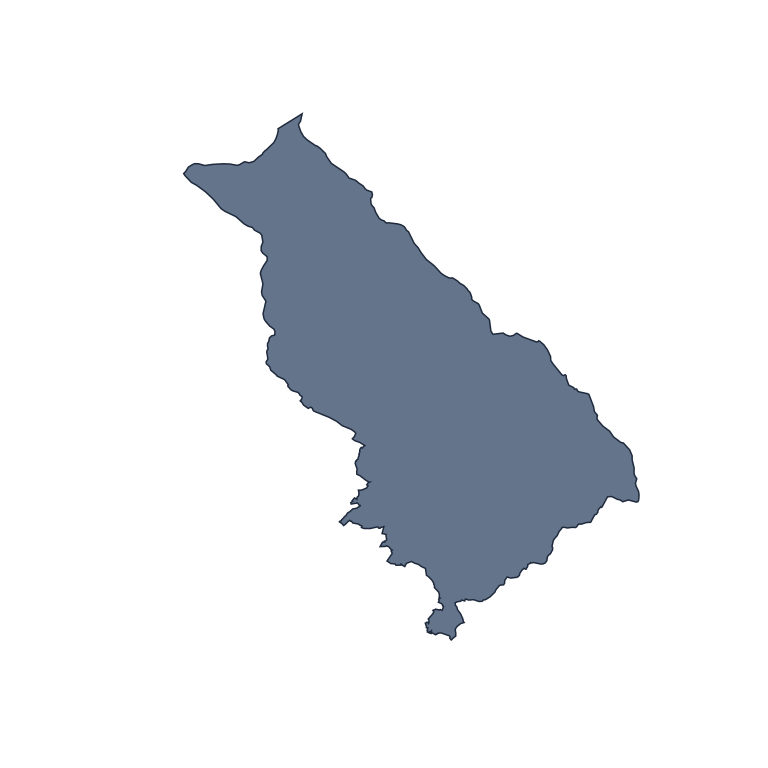 Sacel, Maramures, Romania (Equal Earth projection), rotated 210°
{"feature_id": "2599482B54515927208841", "entity_name": "Sacel", "entity_type": "district", "adm_level": 2, "iso_a3": "ROU", "parent_name": "Romania", "parent_adm1": "Maramures", "projection": "equal_earth", "projection_center": [24.452, 47.623], "detail": "fine", "context": "isolated", "style": "filled", "palette": "slate", "viewbox_px": 768, "rotation_deg": 210, "n_neighbors": 0, "source": "geoboundaries", "source_scale": "gbopen_adm2", "svg_char_len": 6171}
<svg xmlns="http://www.w3.org/2000/svg" viewBox="0 0 768 768"><g transform="rotate(210 384 384)"><path d="M590.0,577.1L603.4,552.1L602.4,550.8L601.1,546.9L600.3,542.5L600.1,538.1L603.0,527.9L603.6,526.9L604.4,523.4L604.1,522.1L606.1,518.1L608.0,511.7L611.5,508.1L615.9,506.8L618.8,501.7L620.6,499.9L627.3,497.5L633.2,494.4L642.1,488.6L648.4,483.6L654.8,482.0L658.2,480.1L659.7,478.1L661.9,473.9L662.0,469.1L662.7,466.0L660.0,464.8L651.7,462.3L645.8,462.4L634.8,461.2L624.6,458.8L612.7,454.4L608.3,454.0L595.9,454.9L585.2,452.7L580.5,452.7L576.3,453.8L573.1,452.5L566.8,452.7L564.2,451.7L559.8,446.2L559.1,441.7L557.1,438.1L554.4,436.7L548.8,435.8L547.0,432.6L547.4,425.8L547.1,420.4L546.3,417.8L538.9,410.2L536.2,402.7L533.8,399.8L527.7,396.7L523.9,384.4L520.6,380.6L518.2,379.2L512.0,377.0L506.9,376.5L504.7,375.0L503.1,371.7L505.4,369.5L506.3,366.6L505.1,363.4L505.1,360.9L503.8,358.5L501.9,356.4L502.1,354.9L501.5,353.0L497.2,347.8L497.0,347.0L497.2,344.3L496.0,342.7L491.7,341.8L488.9,339.3L482.5,338.2L480.3,337.4L472.3,338.1L466.6,335.5L466.4,334.3L466.0,333.9L461.6,332.4L459.8,332.4L453.9,333.8L450.9,332.2L448.7,332.1L448.2,331.5L447.7,329.2L448.2,327.7L447.6,327.2L446.6,327.4L443.1,325.5L437.4,325.0L435.8,327.4L433.7,327.0L432.5,325.9L431.1,325.4L415.0,327.7L406.6,328.0L399.2,327.0L389.9,328.3L385.6,327.9L383.8,327.2L383.4,323.9L384.0,320.7L381.1,320.3L375.7,321.3L369.8,321.1L370.5,319.7L370.8,317.6L372.0,317.7L372.2,316.4L372.0,314.6L370.8,312.5L370.9,311.6L370.1,310.4L370.3,310.2L369.9,309.9L369.5,307.2L368.9,306.0L369.7,304.5L369.4,303.4L369.8,303.3L369.8,302.2L369.1,300.7L364.6,296.7L363.8,294.3L362.3,292.2L359.4,292.6L351.8,291.6L347.9,291.5L347.4,291.8L348.6,289.7L348.4,289.5L348.5,288.0L347.0,288.0L347.1,285.2L350.4,280.8L353.1,279.3L351.5,277.5L350.4,275.5L350.1,274.2L350.7,272.6L349.8,270.6L352.6,270.6L353.2,267.0L352.5,266.8L353.5,264.7L352.4,263.6L347.5,267.7L344.8,266.6L343.8,266.9L343.7,266.6L345.6,262.7L348.6,260.2L349.5,257.0L351.1,254.0L351.2,250.7L352.0,249.5L352.0,247.5L352.8,245.4L352.6,244.2L353.5,243.4L353.7,242.3L350.5,242.1L348.2,241.2L347.4,242.9L346.3,247.2L345.3,248.9L344.3,248.4L343.5,248.9L341.6,248.0L336.2,249.9L333.8,249.7L332.1,250.0L331.8,248.4L328.9,248.9L323.6,252.0L318.3,256.9L317.2,257.1L316.7,256.5L315.3,257.0L315.0,258.2L312.8,260.4L310.9,253.5L307.0,254.8L306.5,253.7L303.8,250.5L304.4,248.7L305.0,248.2L304.5,247.5L305.4,247.2L306.2,246.1L306.1,241.2L301.2,244.3L300.8,245.2L298.5,245.4L294.6,244.0L293.9,244.2L294.3,242.9L292.5,241.7L292.2,241.1L292.9,232.2L288.2,231.9L284.6,233.7L283.1,233.0L278.8,235.6L279.3,236.6L279.1,236.7L276.9,236.2L274.7,236.3L274.9,239.9L271.5,244.0L268.0,244.1L264.0,245.0L260.6,244.6L255.9,245.0L251.6,239.6L249.2,239.4L244.5,238.1L241.5,236.5L241.1,235.7L239.2,234.3L238.6,232.9L232.6,231.1L230.6,229.1L229.5,227.0L228.5,226.7L229.3,226.2L228.8,225.7L228.9,224.7L227.8,223.5L227.8,222.2L224.7,222.5L223.0,222.2L222.3,221.2L221.3,221.2L220.4,217.1L222.5,216.8L222.9,216.1L226.9,214.7L227.2,213.7L228.3,212.9L228.4,212.3L227.1,211.9L226.8,209.6L228.2,202.6L227.5,202.4L225.9,200.3L225.7,198.9L226.9,199.6L227.8,199.2L228.3,197.7L228.6,197.5L225.6,194.8L225.5,194.2L224.0,194.7L223.6,192.3L222.8,191.8L222.5,190.9L220.1,191.3L219.8,192.1L220.4,192.5L219.5,192.8L219.4,194.0L219.0,193.5L219.7,191.2L218.3,191.6L218.4,192.0L217.5,192.6L214.1,192.6L213.8,193.6L213.2,193.5L212.8,195.2L211.9,195.5L211.1,196.5L209.4,197.1L201.4,198.6L200.5,198.1L199.9,196.8L197.8,195.9L197.5,196.5L197.3,197.9L195.8,201.7L196.7,202.8L196.9,203.7L199.3,206.6L199.7,207.7L199.5,210.6L197.7,215.0L195.3,217.5L196.7,218.1L197.9,219.7L203.0,223.4L207.3,225.2L209.7,227.5L211.3,228.0L213.0,230.0L211.9,231.8L208.9,234.3L208.9,235.6L205.6,236.5L206.0,238.3L205.8,238.6L202.6,239.2L198.6,242.0L193.1,243.1L190.3,244.9L190.0,246.5L188.2,248.1L185.7,252.8L183.9,259.2L184.2,261.7L183.4,266.7L182.7,268.0L180.0,269.9L180.0,271.9L181.2,274.1L180.9,278.4L177.2,279.3L172.4,282.9L171.5,284.1L171.1,286.1L171.7,288.0L171.4,292.2L170.8,293.5L170.8,294.2L168.7,294.5L168.2,295.0L168.6,295.8L168.3,297.1L168.5,298.3L169.3,299.5L167.9,301.4L167.8,302.6L167.1,302.5L165.3,304.1L158.1,306.5L156.3,307.7L154.9,309.7L154.6,312.3L156.0,315.9L156.0,317.8L155.0,320.0L155.1,324.6L156.1,326.6L157.4,327.5L159.0,332.8L159.1,334.7L158.2,339.3L158.6,344.0L157.9,347.5L158.1,348.7L156.3,350.0L153.2,351.0L149.3,354.0L146.6,355.3L145.8,356.5L145.5,359.8L142.7,361.6L139.8,364.9L135.9,367.6L136.1,375.7L136.0,376.3L135.0,377.2L134.7,379.9L135.4,381.2L135.5,382.5L134.8,386.1L133.8,386.1L133.7,386.5L134.0,398.1L130.5,400.4L124.3,400.8L121.3,401.7L118.4,401.4L114.4,405.7L106.4,407.9L105.3,409.0L105.3,410.2L106.1,412.4L107.7,415.5L109.8,418.2L114.6,421.6L116.6,423.7L117.7,428.3L121.5,430.3L123.2,432.3L125.3,436.2L131.1,442.3L133.2,445.9L138.4,449.8L147.2,452.6L149.7,451.8L158.6,452.9L165.1,456.0L173.1,456.9L181.5,459.8L182.6,461.1L183.5,463.6L188.0,465.3L191.2,469.2L201.4,477.5L203.2,477.3L211.2,474.7L213.1,474.8L214.4,475.9L215.3,475.7L215.9,474.9L216.7,474.9L217.8,475.7L223.4,475.4L228.6,479.8L230.6,482.4L231.8,482.6L232.8,481.0L234.3,480.8L247.9,486.0L251.4,487.8L253.5,491.1L259.4,495.2L265.2,497.9L270.5,498.9L271.7,498.8L271.8,497.7L272.8,496.7L286.9,494.2L294.2,494.4L294.9,493.8L296.0,491.0L298.8,488.3L302.9,487.5L306.3,487.7L314.5,481.5L318.0,483.4L324.3,491.7L325.5,492.7L334.3,494.6L340.9,499.9L342.5,500.7L348.5,500.6L350.5,501.3L351.3,502.9L354.2,505.5L355.6,506.4L358.6,507.2L359.2,507.8L364.1,509.2L368.9,509.2L371.5,509.9L376.4,510.2L378.1,510.0L379.2,509.0L381.4,508.3L386.1,508.1L390.2,508.5L399.6,511.5L409.6,513.0L417.7,516.4L422.6,519.1L428.0,520.8L438.9,528.1L441.0,528.3L445.1,530.4L448.8,530.4L452.4,529.4L460.2,526.1L462.8,524.5L465.3,525.3L468.5,524.8L471.0,525.1L477.0,528.5L480.8,531.7L483.3,532.4L485.3,533.6L488.1,537.5L488.3,538.1L487.8,539.5L488.6,542.1L490.6,544.2L495.9,543.3L497.8,543.6L501.1,545.1L506.1,545.4L510.5,546.2L517.2,544.9L522.1,547.1L524.8,547.7L539.8,548.7L547.1,552.1L550.0,554.4L557.6,556.3L561.3,556.6L562.9,556.2L572.6,557.0L577.6,558.2L582.4,561.1L587.4,565.4L587.9,566.9L587.7,569.8L590.0,577.1Z" fill="#64748b" stroke="#1e293b" stroke-width="1.5"/></g></svg>